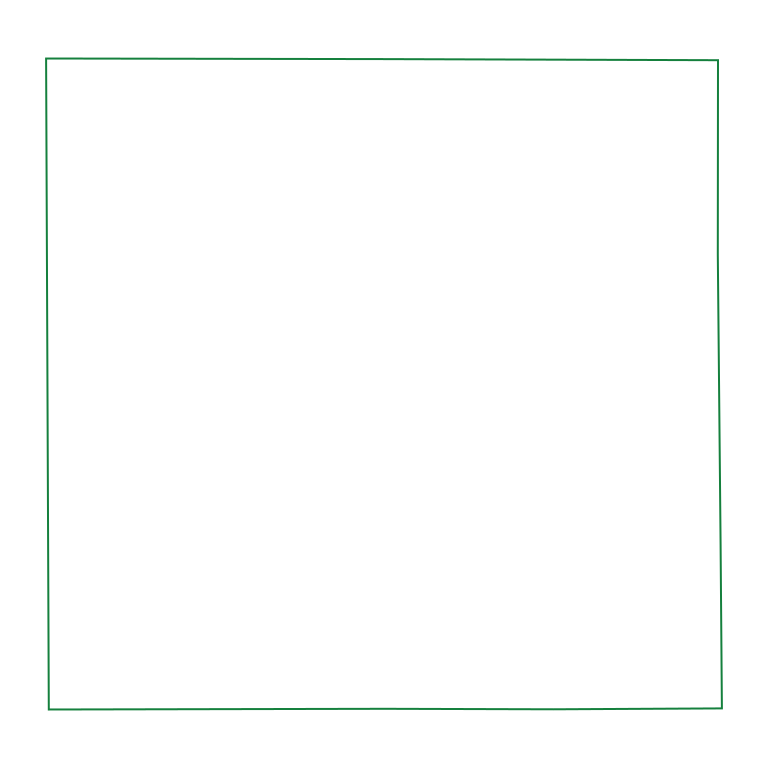 Eaton, Michigan, United States of America
{"feature_id": "52423323B43164712790124", "entity_name": "Eaton", "entity_type": "district", "adm_level": 2, "iso_a3": "USA", "parent_name": "United States of America", "parent_adm1": "Michigan", "projection": "equal_earth", "projection_center": [-84.755, 42.596], "detail": "fine", "context": "isolated", "style": "outline", "palette": "green", "viewbox_px": 768, "rotation_deg": 0, "n_neighbors": 0, "source": "geoboundaries", "source_scale": "gbopen_adm2", "svg_char_len": 241}
<svg xmlns="http://www.w3.org/2000/svg" viewBox="0 0 768 768"><path d="M718.0,60.2L384.1,59.1L46.1,58.5L48.8,709.5L385.5,708.8L553.2,709.3L721.9,708.4L720.6,545.3L717.8,254.3L718.0,60.2Z" fill="none" stroke="#15803d" stroke-width="2"/></svg>